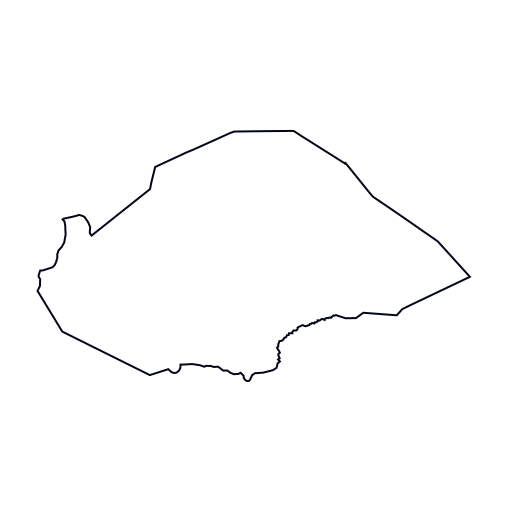 San Miguel Tlacotepec, Oaxaca, Mexico, rotated 95°
{"feature_id": "50627088B15325510278306", "entity_name": "San Miguel Tlacotepec", "entity_type": "district", "adm_level": 2, "iso_a3": "MEX", "parent_name": "Mexico", "parent_adm1": "Oaxaca", "projection": "robinson", "projection_center": [-98.0, 17.447], "detail": "fine", "context": "isolated", "style": "outline", "palette": "ink", "viewbox_px": 512, "rotation_deg": 95, "n_neighbors": 0, "source": "geoboundaries", "source_scale": "gbopen_adm2", "svg_char_len": 2103}
<svg xmlns="http://www.w3.org/2000/svg" viewBox="0 0 512 512"><g transform="rotate(95 256 256)"><path d="M236.4,451.8L238.3,449.8L242.8,448.6L245.7,448.3L249.0,447.8L251.4,447.5L256.2,448.0L259.2,448.2L264.2,450.5L267.6,453.2L271.4,454.1L275.0,453.8L279.0,454.5L282.5,455.7L284.9,457.6L286.8,462.0L289.0,467.3L289.3,469.7L294.1,470.9L296.0,470.5L296.8,469.8L297.9,469.0L304.6,468.6L309.8,470.6L348.2,442.4L383.9,351.4L376.4,333.5L378.9,330.3L379.7,327.9L379.3,325.3L377.1,322.8L374.1,321.6L370.7,321.7L370.6,319.6L369.2,310.2L369.7,302.2L370.8,297.7L369.8,296.4L369.5,291.5L370.2,288.5L369.6,284.0L373.0,278.7L372.6,274.5L374.5,271.5L375.7,267.8L374.9,263.1L373.7,261.2L376.2,258.0L377.7,257.7L379.3,257.1L380.1,256.2L381.1,255.0L381.3,253.1L380.7,251.7L379.6,251.1L375.0,249.4L372.9,247.0L371.6,238.8L368.4,229.5L365.8,225.9L363.5,225.4L361.2,225.2L359.0,223.0L357.2,225.0L355.8,223.5L353.0,225.1L351.3,225.0L350.3,223.8L348.6,224.8L345.6,227.1L344.3,226.0L341.9,226.1L338.7,225.2L338.3,223.1L337.0,221.6L334.9,220.6L334.4,219.0L332.3,218.3L331.8,216.5L330.1,216.5L329.8,213.0L328.5,213.2L327.0,212.1L326.6,209.2L325.2,208.2L323.6,208.3L320.8,203.7L321.7,200.7L320.2,196.9L319.9,196.7L319.2,196.5L318.8,195.1L317.8,194.3L318.1,192.1L317.0,191.8L317.1,190.8L316.5,190.1L316.3,189.7L315.8,188.9L314.7,189.0L314.8,187.2L313.0,184.9L313.2,183.4L313.7,182.0L312.5,181.9L311.8,180.6L311.5,178.4L310.7,177.1L310.8,176.7L311.0,175.9L308.5,173.8L308.6,172.6L307.9,171.2L308.3,169.7L309.3,165.3L310.2,161.3L309.7,156.4L309.2,151.1L303.2,144.1L302.8,110.6L296.8,106.1L296.0,105.4L290.7,96.6L279.6,77.7L258.1,41.1L225.6,76.2L218.4,88.7L218.1,89.3L204.2,113.5L192.7,134.0L186.7,144.8L182.3,149.2L160.0,170.6L155.6,175.0L156.2,175.3L151.2,184.9L132.9,220.5L128.1,229.4L130.7,256.4L133.9,288.5L135.6,292.2L155.6,327.9L159.3,335.0L176.1,364.2L191.5,366.6L198.6,367.4L224.2,394.4L230.0,400.5L250.0,421.6L247.9,423.5L245.6,423.7L241.7,423.7L237.1,426.1L234.5,428.2L232.2,430.1L231.1,432.5L230.5,435.9L231.7,438.7L233.0,442.5L233.8,445.0L235.6,451.0L236.4,451.8Z" fill="none" stroke="#020617" stroke-width="2"/></g></svg>